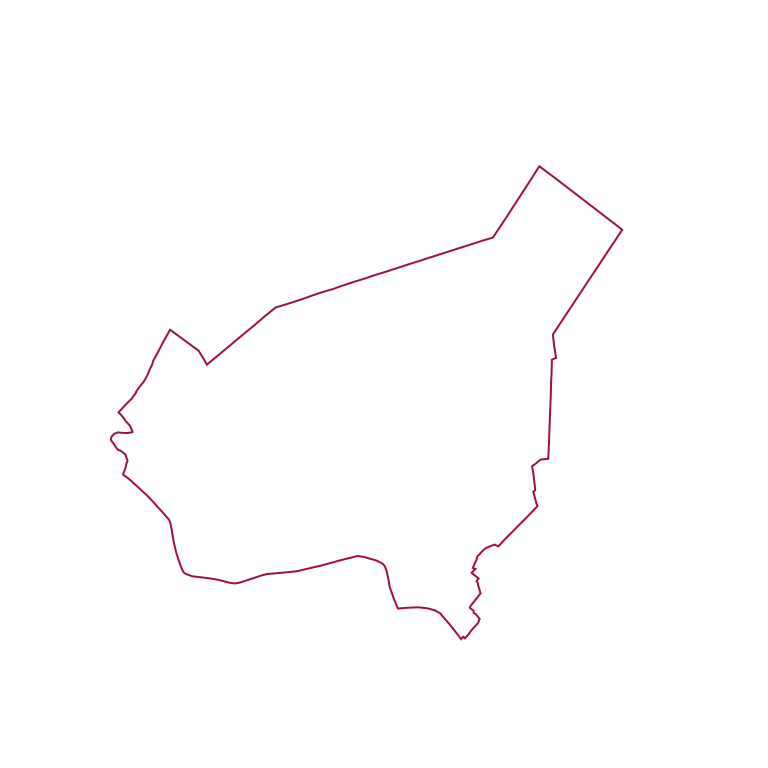 outline of Cai Be, Tiền Giang, Vietnam, rotated 33°
{"feature_id": "81297802B56348725354679", "entity_name": "Cai Be", "entity_type": "district", "adm_level": 2, "iso_a3": "VNM", "parent_name": "Vietnam", "parent_adm1": "Tiền Giang", "projection": "natural_earth1", "projection_center": [105.923, 10.405], "detail": "fine", "context": "isolated", "style": "outline", "palette": "rose", "viewbox_px": 768, "rotation_deg": 33, "n_neighbors": 0, "source": "geoboundaries", "source_scale": "gbopen_adm2", "svg_char_len": 4305}
<svg xmlns="http://www.w3.org/2000/svg" viewBox="0 0 768 768"><g transform="rotate(33 384 384)"><path d="M518.0,564.7L525.9,558.6L534.4,552.6L534.6,552.5L542.3,548.6L546.4,547.2L550.4,546.1L556.7,545.7L557.0,546.0L562.3,547.7L570.6,550.0L587.6,555.9L587.6,555.7L588.2,552.7L590.4,553.2L590.9,550.2L591.3,547.2L591.4,543.4L592.2,538.0L592.7,535.2L592.9,534.3L593.0,533.2L592.9,532.2L592.5,530.8L592.3,530.0L592.2,529.1L592.2,528.9L586.1,527.0L583.9,527.2L582.5,525.3L578.6,525.1L577.7,524.7L577.5,522.6L579.0,507.0L573.5,502.3L572.8,501.7L571.0,499.9L569.0,498.9L569.2,496.5L569.3,495.6L560.3,494.7L561.4,489.3L558.7,489.9L557.6,484.4L557.4,481.5L557.3,481.0L556.2,477.4L556.9,474.7L557.2,471.9L558.0,468.4L559.5,464.9L564.1,458.5L568.3,457.9L569.8,449.2L572.8,435.2L573.2,432.8L576.8,415.9L578.1,408.9L578.1,408.6L578.6,406.1L579.2,402.9L576.8,401.1L574.8,399.3L567.9,393.1L568.3,391.7L568.6,390.7L568.0,389.8L559.7,379.7L552.9,372.2L554.0,369.9L555.0,366.8L555.9,363.5L556.4,362.5L557.5,361.2L560.7,358.8L562.5,357.3L556.7,347.5L554.1,342.9L549.8,335.9L547.7,332.4L544.8,327.5L532.8,307.3L530.3,303.1L523.0,291.3L522.9,291.1L522.5,290.4L518.9,284.1L512.5,273.7L511.5,272.2L514.1,268.3L512.3,266.4L505.7,259.1L499.7,251.8L498.6,250.0L498.7,247.8L498.8,234.8L498.8,229.1L498.8,228.3L498.9,220.5L499.0,215.3L499.0,208.8L499.1,202.3L499.1,195.8L499.1,189.3L499.2,182.6L499.3,176.3L499.3,176.0L499.4,169.3L499.4,162.5L499.4,158.6L499.5,155.7L499.5,152.8L499.5,149.0L499.6,148.0L499.6,142.4L499.7,140.1L499.7,135.3L499.7,130.1L499.9,125.0L492.0,124.2L484.1,123.6L421.5,118.6L412.3,117.9L395.7,116.8L395.7,120.4L395.7,121.5L395.8,126.2L395.8,130.9L395.8,139.8L395.8,144.3L395.8,148.2L395.8,149.4L395.8,159.2L395.8,164.2L395.8,168.0L395.8,169.5L395.9,170.5L395.6,201.2L395.4,202.1L388.8,209.8L381.2,219.2L373.8,228.2L365.8,238.0L359.9,245.2L353.0,253.7L346.3,261.9L339.2,270.5L332.2,279.2L324.5,288.7L317.0,297.6L309.7,306.9L302.0,316.1L294.6,325.4L289.3,332.4L287.9,334.0L286.9,335.2L281.6,341.3L275.7,348.8L268.4,358.3L261.0,367.5L251.5,378.8L247.7,390.2L245.1,399.1L242.1,409.1L238.6,420.1L236.2,427.7L233.5,436.7L229.6,449.2L227.1,457.2L225.2,463.4L224.9,464.2L224.6,464.0L219.1,461.2L210.2,457.0L191.9,456.0L189.3,455.8L183.5,455.5L175.0,455.0L175.1,456.0L176.0,469.5L176.6,475.7L177.2,481.9L177.8,490.1L178.2,491.4L178.9,493.9L179.1,494.8L179.5,498.8L179.8,500.6L180.6,504.5L180.9,507.2L181.1,509.9L181.2,511.8L181.1,514.1L180.5,520.2L180.3,525.6L180.8,526.0L180.4,530.6L180.4,531.8L180.4,533.9L180.3,534.2L180.2,534.7L179.8,536.2L179.5,537.9L179.4,538.3L179.1,539.4L178.5,542.7L177.9,546.0L177.4,549.0L177.0,551.5L176.9,552.4L177.7,552.6L180.1,553.0L185.0,554.7L187.7,555.8L190.4,556.5L193.4,557.3L194.3,557.7L196.3,559.1L198.8,560.7L199.3,561.2L199.3,561.4L199.1,561.6L198.8,561.9L197.7,562.9L196.6,563.9L195.6,564.8L191.1,567.5L187.3,569.5L187.1,569.6L186.8,570.0L186.3,570.7L185.0,572.5L184.7,573.3L184.6,573.8L184.7,574.5L184.5,575.1L184.3,575.7L184.3,576.5L184.5,577.6L184.9,579.0L185.1,579.4L185.4,579.6L186.4,580.0L187.0,580.4L187.5,580.6L188.3,580.8L188.9,580.8L190.5,581.6L192.2,582.4L192.9,582.8L193.2,582.9L193.6,583.0L194.8,583.5L196.1,583.9L196.4,584.0L196.8,584.0L197.3,583.9L197.8,583.8L199.0,583.5L199.4,583.4L199.8,583.4L200.3,583.4L201.1,583.4L201.6,583.5L202.0,583.6L202.9,583.8L203.4,583.8L204.0,583.8L204.5,583.8L205.2,583.9L205.5,584.0L207.2,585.3L209.0,586.8L209.3,587.0L209.5,587.2L210.4,587.7L210.5,587.9L210.8,588.3L211.2,590.0L211.3,590.7L211.6,591.9L212.3,593.6L212.9,595.4L213.4,597.5L213.9,599.6L214.3,601.2L214.3,601.4L214.6,602.1L220.7,602.4L225.3,603.0L227.4,603.5L230.5,603.9L235.2,604.7L240.2,605.6L245.3,606.4L249.3,607.3L250.9,607.7L255.6,608.8L261.0,610.4L266.4,611.7L271.7,613.2L276.2,614.5L277.0,614.7L277.6,614.9L279.9,616.4L281.2,617.6L285.2,621.7L288.3,625.2L293.5,630.8L301.6,638.6L306.1,642.2L312.1,647.0L317.1,650.4L319.2,651.2L321.5,651.2L324.0,650.6L328.1,649.6L337.2,645.1L344.7,641.5L347.2,640.4L351.6,638.5L364.1,634.3L368.0,632.2L370.1,630.2L371.4,628.8L375.6,623.7L385.7,611.1L389.4,607.1L398.1,600.3L403.8,595.8L412.7,588.7L423.4,577.5L429.8,570.9L443.7,555.3L455.4,542.7L461.0,540.1L473.8,536.2L479.7,535.5L481.9,535.7L484.1,536.5L487.9,539.3L494.4,545.7L498.8,550.7L508.9,558.5L518.0,564.7Z" fill="none" stroke="#9f1239" stroke-width="2"/></g></svg>